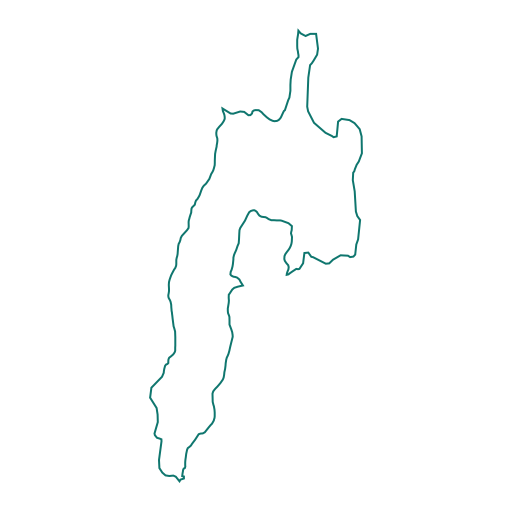 the district of Mazatenango, Suchitepéquez, Guatemala
{"feature_id": "79465075B41985315945162", "entity_name": "Mazatenango", "entity_type": "district", "adm_level": 2, "iso_a3": "GTM", "parent_name": "Guatemala", "parent_adm1": "Suchitepéquez", "projection": "orthographic", "projection_center": [-91.525, 14.505], "detail": "fine", "context": "isolated", "style": "outline", "palette": "teal", "viewbox_px": 512, "rotation_deg": 0, "n_neighbors": 0, "source": "geoboundaries", "source_scale": "gbopen_adm2", "svg_char_len": 5090}
<svg xmlns="http://www.w3.org/2000/svg" viewBox="0 0 512 512"><path d="M179.5,481.3L180.5,479.6L182.1,479.1L183.9,478.5L183.9,476.5L182.2,476.1L182.6,473.1L182.9,471.5L183.1,470.0L183.7,468.6L184.8,468.1L185.3,466.6L185.2,465.3L185.2,462.3L185.4,459.9L185.8,457.2L186.2,453.9L187.1,449.7L187.8,448.1L189.3,447.0L190.9,445.6L191.9,444.0L193.0,442.5L195.0,439.9L198.7,434.2L200.4,433.6L202.8,433.4L204.8,432.3L208.6,427.5L210.7,425.0L212.0,423.7L213.2,421.6L213.8,420.5L214.1,419.2L214.5,418.0L214.7,416.3L214.7,414.0L214.7,412.6L214.5,409.8L214.2,408.0L213.9,406.3L213.4,404.8L212.7,401.9L212.5,393.6L213.2,391.4L214.4,389.8L215.5,388.5L217.2,386.8L220.3,383.2L221.7,381.2L222.8,379.6L223.3,378.5L223.7,377.3L224.1,375.0L224.4,372.1L224.7,370.8L225.1,368.9L225.3,367.3L225.5,365.8L225.7,363.1L226.0,361.3L226.2,359.8L226.8,357.6L227.6,356.0L228.5,353.8L229.4,350.6L230.1,347.3L230.9,344.0L232.7,336.8L232.6,334.9L232.4,333.6L232.2,332.2L231.3,329.4L229.5,324.6L229.5,322.5L229.5,320.5L229.4,316.9L229.0,315.5L228.1,313.3L227.9,312.0L227.8,310.4L227.8,308.4L228.1,306.7L228.7,303.0L228.9,300.7L228.7,297.8L228.8,294.7L229.6,293.6L231.1,291.3L232.3,289.5L234.3,287.8L238.1,286.6L242.9,285.5L240.5,281.7L239.4,279.5L237.1,277.6L235.4,277.0L233.5,276.7L232.2,276.1L231.1,275.4L230.4,274.4L230.7,271.8L231.6,269.8L232.5,266.5L232.9,264.1L233.4,259.3L233.4,257.7L234.0,255.1L234.7,253.3L235.8,250.9L236.3,249.7L237.1,247.3L237.5,246.1L238.7,243.3L239.0,239.5L239.3,233.1L239.5,230.1L240.3,227.9L243.4,223.1L245.0,220.6L247.3,215.6L249.2,212.2L250.8,211.0L252.7,210.4L254.1,210.2L255.5,210.8L257.0,212.1L257.8,213.5L258.6,214.6L259.4,215.6L261.4,216.7L263.5,217.0L265.5,217.2L266.9,217.9L268.6,219.1L271.3,220.2L274.0,220.2L276.7,220.4L280.2,220.4L281.7,220.7L288.5,223.2L291.9,226.1L291.7,230.1L291.2,232.0L291.0,233.4L291.6,235.4L292.0,237.0L291.8,241.3L291.6,242.8L291.3,244.2L290.6,246.2L289.5,248.4L288.2,250.3L287.0,251.8L286.0,253.2L285.3,254.2L284.5,256.1L284.3,259.0L284.8,260.8L286.2,262.9L287.3,264.2L288.2,265.2L288.7,267.1L288.4,269.4L287.6,271.3L286.9,273.4L286.7,274.8L288.4,274.4L290.2,273.0L292.5,271.4L296.3,268.9L298.1,269.2L299.4,268.9L303.1,263.3L304.4,253.0L308.3,252.6L311.3,256.8L313.1,257.2L325.8,263.7L329.2,263.4L333.0,259.7L340.6,255.3L348.0,255.7L350.1,257.1L353.4,256.6L355.2,254.6L356.3,244.5L358.1,239.4L360.1,220.0L357.3,216.1L355.9,211.6L354.7,191.4L352.8,180.1L353.2,172.7L354.3,171.2L354.9,169.1L356.7,164.7L358.8,161.5L361.9,153.3L361.6,136.4L359.7,129.2L357.1,126.1L354.5,123.1L349.5,120.1L341.6,118.9L338.1,121.6L336.7,136.4L333.6,137.2L331.9,136.0L325.5,132.8L314.0,122.8L308.1,111.3L307.2,106.7L308.3,77.6L310.1,65.1L311.8,63.3L313.6,60.6L317.1,54.7L318.0,48.7L316.1,33.9L310.2,33.9L305.5,36.0L300.7,33.4L298.4,30.7L298.1,34.1L297.5,37.8L297.2,39.8L297.2,41.6L297.2,43.6L297.2,45.9L297.3,48.4L297.5,49.6L297.9,51.4L298.1,53.1L298.5,55.2L298.5,57.1L296.3,59.5L291.9,71.8L290.7,79.5L290.4,84.9L290.4,90.8L289.4,97.6L288.2,100.2L284.9,110.2L283.9,111.0L283.1,112.6L282.0,115.0L281.2,116.8L280.3,118.3L278.7,120.0L277.0,120.9L274.4,121.2L272.6,120.8L269.6,119.4L266.8,117.3L263.4,114.2L261.6,112.2L258.7,110.2L255.3,110.1L253.8,110.5L252.5,111.5L252.0,113.5L250.4,115.1L248.4,115.2L244.2,111.9L240.2,111.5L233.2,113.7L230.6,113.5L222.5,108.5L222.9,111.1L223.9,113.5L224.4,115.0L224.7,117.0L224.7,118.8L224.2,120.1L223.6,121.3L222.7,122.7L221.8,124.0L219.3,126.7L217.2,129.3L216.7,130.4L216.3,132.6L216.3,134.0L216.5,135.8L217.3,138.4L217.4,140.3L217.3,141.6L217.1,143.2L216.7,145.3L216.6,146.7L216.1,148.8L215.6,151.1L215.1,153.9L214.9,158.2L214.8,160.9L214.8,162.8L214.7,165.2L213.9,168.3L213.2,170.5L212.1,172.6L211.4,173.6L210.7,175.3L210.3,176.4L209.3,179.0L208.3,180.4L207.0,182.3L206.0,183.7L204.7,184.9L203.8,185.7L202.4,187.7L201.2,190.6L200.7,192.1L199.6,195.2L198.7,196.9L197.3,199.2L196.0,200.5L195.3,202.4L194.8,204.7L193.3,206.2L192.0,207.5L191.5,208.7L191.3,210.8L191.2,212.6L190.5,214.6L189.7,217.1L189.3,218.7L188.8,220.4L188.6,222.0L188.7,226.5L188.5,228.1L187.0,230.2L181.9,235.8L180.8,237.9L180.3,240.2L179.6,242.2L178.7,243.8L178.2,246.1L177.8,251.3L177.6,254.0L177.2,256.2L176.7,257.8L176.3,259.9L176.3,262.5L176.3,264.1L176.1,265.8L175.3,267.9L174.1,269.6L173.3,271.1L172.2,273.2L171.2,275.2L170.5,277.1L169.6,279.7L169.0,282.1L168.8,284.9L169.0,288.9L169.0,291.1L168.7,293.2L168.3,295.2L168.4,296.9L168.8,298.2L170.0,300.3L170.6,301.9L171.2,304.8L171.3,307.3L171.5,309.4L171.6,310.9L171.9,312.3L172.1,314.3L172.3,315.7L172.6,318.5L173.6,326.3L174.3,328.5L175.1,331.5L175.3,337.2L175.3,339.8L175.3,341.9L175.3,345.8L175.2,347.5L175.2,348.9L175.2,350.7L174.8,352.0L173.9,353.5L173.0,354.6L170.8,356.5L169.2,357.7L168.5,359.3L168.3,360.9L168.3,363.0L167.4,364.0L166.1,364.5L165.1,365.8L164.7,367.3L164.3,368.7L163.9,371.0L163.7,372.9L162.0,376.8L151.4,387.7L150.1,397.7L154.9,405.3L156.6,408.0L157.6,414.6L157.8,422.1L154.5,433.5L154.9,435.2L157.0,437.8L159.7,438.6L161.4,439.3L161.5,441.3L159.0,460.0L159.4,468.1L162.3,472.6L165.5,475.4L169.3,476.0L173.3,475.6L175.8,476.7L179.5,481.3Z" fill="none" stroke="#0f766e" stroke-width="2"/></svg>